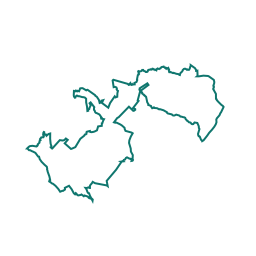 outline of Donato Guerra, México, Mexico, rotated 131°
{"feature_id": "50627088B84805364121856", "entity_name": "Donato Guerra", "entity_type": "district", "adm_level": 2, "iso_a3": "MEX", "parent_name": "Mexico", "parent_adm1": "México", "projection": "albers", "projection_center": [-100.178, 19.319], "detail": "fine", "context": "isolated", "style": "outline", "palette": "teal", "viewbox_px": 256, "rotation_deg": 131, "n_neighbors": 0, "source": "geoboundaries", "source_scale": "gbopen_adm2", "svg_char_len": 5865}
<svg xmlns="http://www.w3.org/2000/svg" viewBox="0 0 256 256"><g transform="rotate(131 128 128)"><path d="M220.6,137.4L218.4,136.3L218.1,135.8L215.8,135.2L214.6,136.4L210.3,134.6L211.2,130.3L212.8,126.1L212.8,124.3L212.3,124.0L212.0,124.6L211.4,124.7L211.4,123.7L211.8,123.4L211.6,121.4L209.7,119.9L208.7,119.5L208.5,116.6L207.5,116.6L206.3,113.8L206.1,112.5L206.4,112.2L206.4,111.3L205.8,110.0L205.5,108.8L206.2,107.0L205.1,107.7L205.0,109.9L204.0,112.4L202.8,114.6L203.2,115.5L202.8,116.8L201.5,119.1L201.1,120.8L200.3,119.7L198.8,119.0L198.6,117.9L198.2,117.4L196.6,118.8L195.7,119.0L193.3,119.0L191.8,119.3L191.3,116.7L185.3,106.4L185.2,105.2L181.9,109.4L167.3,109.6L158.0,110.7L158.1,111.3L156.2,109.6L156.2,110.2L155.8,110.0L154.8,110.2L153.8,109.6L151.9,109.9L150.8,109.5L150.2,106.9L149.3,105.5L149.6,105.3L149.1,104.5L149.2,104.2L150.5,103.7L149.9,103.2L149.4,103.1L148.8,103.3L148.4,104.2L145.3,106.6L143.9,110.3L141.7,112.5L138.6,117.4L136.4,118.9L132.5,120.3L128.9,121.0L129.1,122.3L131.8,128.0L131.0,129.7L130.1,130.8L130.1,134.5L130.4,136.3L131.5,140.3L132.4,141.1L132.9,142.3L127.6,142.7L125.9,142.1L111.3,141.3L111.6,135.3L111.0,134.8L109.5,134.5L109.0,135.0L109.6,137.3L100.9,137.8L101.1,138.2L101.0,138.7L92.2,143.0L91.6,144.5L91.2,144.8L90.6,144.8L90.3,145.2L81.6,142.7L82.1,140.8L91.7,142.9L91.9,141.2L92.4,141.5L92.3,140.9L92.7,139.7L92.6,139.2L92.7,137.2L92.7,136.7L92.5,136.8L92.6,134.8L96.0,130.3L96.6,128.3L97.3,127.9L96.3,125.1L96.8,124.3L97.2,122.7L96.1,122.0L95.8,122.1L95.7,121.7L95.4,121.6L95.5,121.1L94.1,119.2L93.8,118.5L93.8,118.0L93.5,116.7L92.9,116.4L91.3,112.8L90.7,109.7L90.5,109.3L90.9,108.6L90.9,107.5L89.0,103.9L89.1,102.6L88.7,101.8L88.0,101.1L86.3,100.4L84.9,97.4L85.0,95.9L84.4,95.2L83.5,93.2L83.0,92.5L82.8,91.5L83.6,90.0L83.5,89.2L83.6,88.5L83.8,88.0L83.5,87.1L83.7,85.8L82.9,84.4L83.2,82.7L83.1,82.3L82.7,81.7L82.2,81.3L80.2,81.4L78.7,79.0L80.2,75.8L81.5,74.5L81.9,73.4L86.5,71.3L87.5,70.1L87.8,69.3L87.5,69.1L87.4,68.2L89.0,65.1L88.9,64.1L89.3,63.4L87.7,62.9L81.7,63.2L78.4,63.6L74.2,63.5L70.4,63.7L67.6,64.2L65.6,65.0L63.7,66.9L62.4,67.3L58.4,67.3L56.3,68.0L55.0,68.1L49.6,69.6L49.3,69.8L49.1,71.2L49.3,72.5L49.0,76.9L48.7,79.3L48.2,79.9L48.3,80.7L44.6,84.0L42.8,89.0L42.5,89.0L42.2,89.6L40.7,90.0L40.2,90.7L40.3,91.1L40.0,91.4L38.1,92.1L36.7,93.0L35.4,94.8L36.0,101.0L36.3,101.8L39.0,105.4L42.4,108.3L43.7,109.8L43.0,109.7L39.3,113.2L39.9,113.5L39.8,114.2L40.0,114.3L39.5,114.7L38.9,116.8L39.4,121.9L39.9,121.4L40.5,121.4L42.4,120.5L43.9,120.1L44.7,120.8L44.8,121.4L45.2,121.6L45.0,121.9L45.5,122.7L45.8,123.9L46.8,124.6L48.4,124.7L48.8,124.4L50.1,124.2L51.9,124.5L52.2,124.3L53.2,124.1L54.0,123.6L54.2,124.0L54.3,125.4L55.4,127.1L56.4,129.7L56.7,129.7L57.1,130.2L57.9,132.9L58.3,132.8L58.8,133.5L57.6,135.2L57.0,135.3L56.3,136.9L56.5,136.9L57.0,137.6L57.3,137.2L57.5,137.6L57.9,137.8L57.6,138.2L57.6,138.8L57.7,139.0L58.1,138.8L58.0,139.4L58.3,139.6L58.1,140.1L58.6,141.1L58.4,141.4L58.9,141.6L59.1,142.0L60.1,142.7L61.8,142.6L62.3,143.1L63.1,143.2L63.7,144.7L64.1,144.6L64.7,145.0L65.7,144.5L65.7,144.9L66.5,145.5L66.3,146.3L67.1,147.2L67.1,147.6L66.9,147.9L67.0,148.3L67.3,148.5L67.8,148.2L68.3,148.7L68.6,148.7L68.9,149.5L69.7,149.7L70.1,150.3L71.1,150.8L72.0,150.6L72.4,150.2L73.4,150.5L74.1,151.4L74.0,152.3L74.6,153.8L74.2,154.6L74.9,155.4L75.7,155.2L76.5,155.4L77.5,156.1L77.9,156.9L78.2,157.0L78.2,158.2L78.6,157.4L78.6,156.8L79.0,156.8L79.2,156.1L79.9,155.8L80.0,155.1L80.8,155.0L81.6,155.3L85.6,153.0L85.7,152.5L87.7,151.8L89.8,152.7L90.7,151.6L90.8,151.7L91.4,152.4L92.1,152.8L92.3,153.1L92.2,153.5L92.9,153.4L93.2,153.6L93.3,154.0L93.1,154.5L93.5,154.8L92.7,155.7L93.6,155.8L94.7,155.5L95.0,155.7L94.9,157.2L101.2,170.7L102.2,170.8L106.6,165.6L105.5,164.8L105.0,163.4L105.5,162.3L106.3,161.9L106.7,160.4L106.6,159.9L108.6,158.9L111.5,156.6L113.1,157.5L112.8,158.8L120.9,157.9L125.6,156.2L126.2,164.2L123.3,165.0L124.8,166.0L126.8,165.3L127.7,165.8L125.9,168.4L124.9,172.0L125.1,173.9L124.8,174.4L125.7,183.6L126.6,184.3L127.0,184.3L127.7,188.3L128.6,189.4L129.5,190.1L132.4,189.0L133.2,190.8L133.8,190.6L134.2,192.0L134.8,191.8L135.5,193.1L138.8,190.5L139.7,189.4L140.1,187.1L139.6,187.8L138.9,188.0L138.0,188.1L137.1,187.9L136.8,187.3L136.8,186.5L136.0,185.7L134.7,182.8L133.8,181.6L133.3,180.4L133.4,178.8L136.1,176.4L138.8,172.9L141.8,169.8L141.2,169.4L141.0,169.7L139.5,170.0L139.1,169.7L137.6,170.5L137.1,170.5L135.5,171.0L134.8,172.4L134.4,172.9L134.4,173.2L133.2,173.0L134.4,167.1L135.2,166.8L136.6,165.6L136.7,164.6L137.4,163.6L137.6,163.0L137.7,162.3L137.3,161.4L136.6,158.8L136.6,158.2L137.2,155.8L138.1,155.0L138.4,154.4L137.6,154.2L137.9,153.3L137.1,151.9L138.9,151.5L141.3,150.5L141.7,150.8L143.6,149.2L146.4,151.6L150.1,149.9L152.3,150.8L153.4,151.4L155.0,152.7L155.8,153.9L155.2,154.8L157.8,156.6L158.4,156.6L159.7,155.5L160.5,155.7L161.3,156.3L162.5,156.0L167.4,156.9L177.0,155.2L180.4,156.8L181.2,157.3L181.1,165.7L176.5,165.7L176.7,168.0L178.6,168.1L179.5,168.5L180.3,169.1L181.9,171.5L193.2,171.7L193.4,172.1L193.2,173.7L192.6,173.5L191.7,174.1L191.5,174.7L190.6,176.1L187.3,179.6L183.2,183.1L184.6,184.0L187.2,184.4L186.6,185.3L187.0,185.8L187.4,186.0L187.6,186.9L187.1,187.2L186.7,188.0L186.1,188.5L186.2,188.9L187.0,188.8L188.8,187.6L189.6,186.0L190.5,185.8L191.4,186.8L192.2,187.3L192.6,187.1L193.5,187.2L194.2,187.1L194.6,186.0L195.9,186.2L196.8,185.6L197.1,185.2L199.6,185.4L200.0,184.9L201.1,184.7L201.5,184.8L201.6,185.1L202.1,185.1L204.1,188.4L206.0,190.1L206.8,190.4L208.9,190.7L209.7,190.7L209.4,190.3L209.7,188.2L208.9,187.1L208.6,185.5L208.1,184.1L207.5,181.6L208.5,177.1L208.0,176.3L209.4,174.2L210.2,171.0L210.5,166.9L210.5,163.9L211.8,162.2L212.4,161.9L212.9,160.9L213.6,160.1L216.1,155.6L218.1,152.9L218.9,153.0L219.0,152.2L220.0,152.2L219.7,150.3L219.8,149.3L219.3,147.9L219.2,144.7L219.7,140.7L220.6,137.4Z" fill="none" stroke="#0f766e" stroke-width="2"/></g></svg>